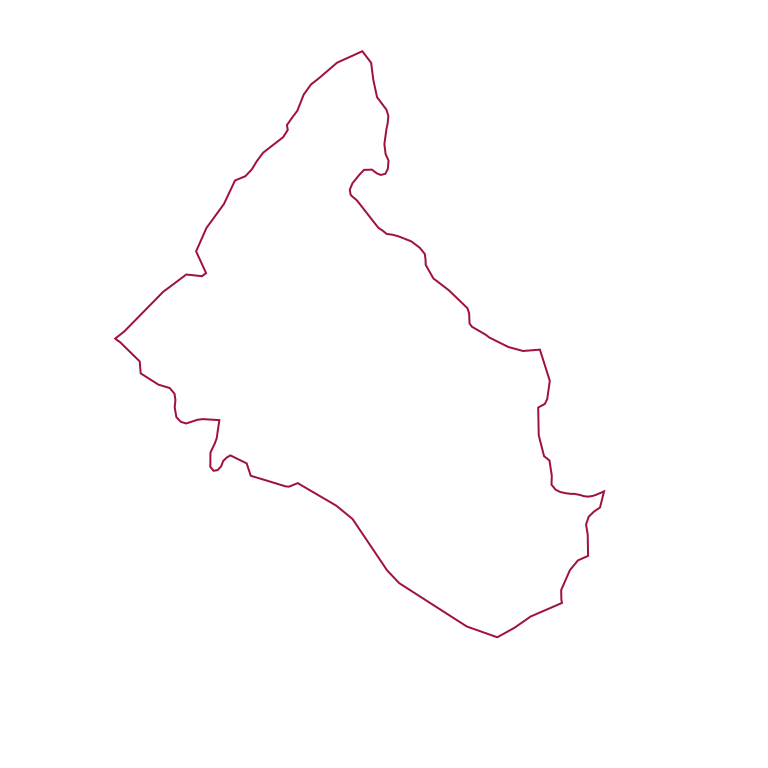 an SVG outline of Porto, rotated 52°
{"feature_id": "PRT-754", "entity_name": "Porto", "entity_type": "District", "adm_level": 1, "iso_a3": "PRT", "parent_name": "Portugal", "parent_adm1": "", "projection": "mercator", "projection_center": [-8.398, 41.24], "detail": "fine", "context": "isolated", "style": "outline", "palette": "rose", "viewbox_px": 768, "rotation_deg": 52, "n_neighbors": 0, "source": "natural_earth", "source_scale": "10m", "svg_char_len": 1809}
<svg xmlns="http://www.w3.org/2000/svg" viewBox="0 0 768 768"><g transform="rotate(52 384 384)"><path d="M182.7,567.9L182.7,556.5L175.4,501.4L176.0,472.4L187.0,461.0L187.0,455.9L163.8,450.4L151.7,427.8L143.6,399.3L131.9,376.1L134.9,365.2L133.5,356.0L130.1,347.0L127.3,336.7L127.4,311.4L124.5,303.4L120.2,301.1L117.6,292.6L115.3,284.0L106.5,269.1L103.0,257.1L103.0,247.0L101.9,223.2L108.4,196.2L123.0,196.4L137.8,205.2L153.7,212.9L169.3,213.2L175.4,215.5L180.7,220.5L184.4,224.9L195.2,236.0L203.8,241.2L210.8,242.9L216.9,248.6L219.2,253.6L217.2,257.9L213.7,259.9L207.6,261.6L203.0,267.9L203.9,274.4L206.4,285.3L209.8,291.3L214.3,293.8L216.5,293.6L222.6,292.3L257.5,292.3L262.1,290.7L267.4,289.5L271.8,285.2L276.7,281.6L288.4,274.7L298.9,271.9L306.6,271.8L311.3,274.5L315.8,277.8L331.2,280.1L350.1,275.2L375.6,271.6L380.7,273.4L389.1,279.4L393.2,279.4L407.8,273.5L412.2,272.4L431.3,263.3L443.6,254.1L452.9,240.0L483.6,251.4L496.2,264.5L498.7,269.4L497.5,277.0L519.6,293.6L539.4,302.3L546.1,300.7L559.5,308.2L566.5,314.0L573.0,313.8L577.5,311.7L582.2,307.8L585.5,304.5L587.9,301.5L592.3,297.7L595.5,295.5L598.5,292.4L600.7,288.4L601.9,285.1L604.1,276.7L614.3,289.8L613.8,297.1L614.6,304.4L619.1,311.3L628.1,316.2L645.1,329.0L642.4,339.7L645.1,352.0L655.4,371.2L663.4,377.2L666.1,378.5L657.5,411.5L656.4,431.4L653.3,450.7L626.0,468.1L550.4,494.6L532.8,496.3L471.0,491.9L450.6,496.5L409.0,513.0L406.4,522.1L404.3,524.4L374.3,545.5L362.0,541.1L345.7,549.0L345.1,553.3L345.7,558.3L348.6,562.9L349.4,568.2L347.4,571.8L342.3,571.8L331.2,563.0L326.7,554.0L323.8,549.3L311.1,536.0L300.2,548.3L297.4,552.9L293.3,564.2L288.7,567.4L282.3,568.0L273.5,563.3L268.3,558.3L262.8,555.1L255.3,555.3L245.7,562.1L225.9,569.2L215.8,562.6L188.7,566.2L182.9,567.9L182.7,567.9Z" fill="none" stroke="#9f1239" stroke-width="2"/></g></svg>